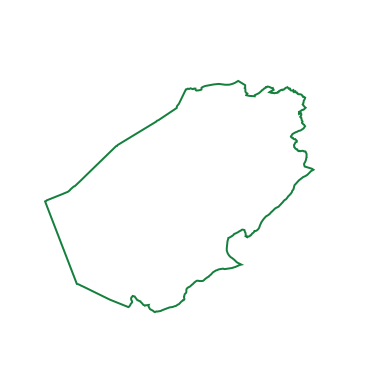 Kayonza, Eastern, Rwanda (Equal Earth projection), rotated 230°
{"feature_id": "39286606B59170295238138", "entity_name": "Kayonza", "entity_type": "district", "adm_level": 2, "iso_a3": "RWA", "parent_name": "Rwanda", "parent_adm1": "Eastern", "projection": "equal_earth", "projection_center": [30.553, -1.862], "detail": "fine", "context": "isolated", "style": "outline", "palette": "green", "viewbox_px": 384, "rotation_deg": 230, "n_neighbors": 0, "source": "geoboundaries", "source_scale": "gbopen_adm2", "svg_char_len": 5952}
<svg xmlns="http://www.w3.org/2000/svg" viewBox="0 0 384 384"><g transform="rotate(230 192 192)"><path d="M131.0,299.3L132.8,298.8L139.1,294.7L141.0,295.5L141.8,296.4L142.3,298.1L143.6,300.3L144.5,301.2L144.8,302.1L145.8,302.7L146.8,303.7L148.1,304.5L149.5,304.6L149.7,304.9L150.1,304.9L150.5,304.7L151.4,303.7L152.0,303.6L152.6,303.1L153.4,301.7L153.6,301.2L153.8,301.0L154.3,300.9L154.8,299.9L155.0,299.8L155.5,299.8L156.0,299.7L156.8,300.0L157.0,299.6L157.9,299.5L158.2,299.3L158.9,299.1L159.8,299.2L160.3,299.4L160.8,299.2L161.0,299.4L162.4,300.3L163.0,302.1L163.5,302.9L163.5,303.3L163.1,304.1L163.1,304.3L163.1,304.5L163.8,305.2L164.6,305.2L164.9,305.1L165.5,305.0L166.1,305.1L166.7,304.2L168.0,303.8L168.4,304.0L168.7,303.9L168.8,304.0L169.0,303.9L169.0,303.7L169.6,303.3L170.1,303.2L170.7,303.5L171.0,303.5L171.8,306.3L171.2,309.6L170.9,310.5L170.7,310.9L170.2,313.1L169.4,314.6L169.3,315.1L169.0,318.4L169.7,320.9L170.6,320.9L171.3,321.1L172.7,320.8L173.2,320.7L173.6,320.8L174.3,320.7L174.5,320.9L174.8,321.9L175.2,322.1L176.3,322.1L177.6,322.9L178.3,323.1L178.5,323.4L179.0,323.4L179.3,323.2L180.0,323.2L180.5,324.9L180.8,325.3L181.6,325.9L182.4,326.1L182.9,324.1L183.5,324.4L184.2,325.3L184.6,325.5L184.1,327.3L184.2,328.5L183.9,329.5L183.6,329.7L183.4,330.2L183.3,331.1L183.4,331.3L183.4,331.5L183.5,333.2L184.4,333.0L187.9,333.0L188.1,333.5L188.1,334.0L188.8,334.6L189.2,335.4L190.0,336.1L190.6,337.8L191.3,339.0L191.5,339.3L192.1,339.1L192.7,339.0L193.0,338.8L193.2,338.4L193.5,338.2L193.9,338.5L194.5,338.5L194.6,338.4L194.9,338.4L195.1,338.3L195.6,338.5L196.2,338.4L197.2,337.8L197.7,337.3L197.9,337.0L198.1,336.9L198.6,336.3L199.0,336.1L199.6,336.3L200.0,336.0L200.6,336.3L200.7,336.2L201.5,335.6L201.9,335.6L202.5,336.0L202.9,335.9L202.8,334.6L203.0,334.2L203.8,334.2L204.2,334.4L204.7,335.0L204.9,335.1L205.1,334.3L205.5,333.7L206.3,333.0L207.2,332.9L208.1,333.6L208.6,333.4L208.7,333.2L208.9,333.0L209.0,332.6L209.4,332.7L210.0,332.5L210.8,332.5L210.8,332.1L211.3,331.6L211.5,330.5L211.6,329.5L211.5,329.2L211.4,329.1L211.4,328.7L211.5,328.2L211.8,327.9L211.8,327.6L211.9,326.8L212.0,326.7L212.4,326.8L212.8,326.2L213.2,324.5L213.0,324.0L213.4,323.3L213.2,322.8L213.0,322.6L213.4,322.0L213.0,321.5L213.4,320.7L214.3,319.5L214.6,318.7L215.9,317.7L216.0,317.5L216.5,317.2L216.5,316.9L218.7,315.4L218.7,315.8L217.8,320.2L219.7,320.7L219.8,320.2L223.1,318.6L224.3,317.5L224.3,317.0L224.5,316.7L224.3,316.7L224.9,313.7L224.7,312.5L225.0,311.5L224.8,310.4L224.7,307.2L224.9,305.9L225.8,302.4L225.5,302.2L225.5,301.7L225.1,301.5L228.9,297.6L231.3,295.8L231.5,296.2L231.9,297.7L233.0,297.3L234.1,297.3L235.1,297.8L235.9,298.6L236.9,299.2L237.3,299.2L237.5,299.4L237.8,299.3L238.0,300.0L238.3,300.2L239.1,301.0L239.7,301.4L247.4,298.8L248.0,295.1L248.8,292.6L249.8,290.4L250.7,288.9L252.9,286.3L257.5,282.1L260.3,278.0L264.7,270.3L265.2,268.9L265.6,267.4L265.7,266.3L264.8,265.5L264.6,265.4L264.4,265.0L265.1,263.3L266.1,261.7L266.9,260.6L267.3,260.4L268.0,260.4L269.0,261.1L270.0,259.9L270.2,258.8L270.4,258.6L272.4,257.5L272.8,255.9L273.8,255.3L274.0,254.9L274.1,254.4L274.0,253.7L274.5,253.2L268.0,238.7L267.4,235.6L266.2,234.3L268.6,212.3L269.1,211.0L269.1,210.6L268.9,210.0L275.8,165.1L275.5,164.0L275.9,163.4L273.5,130.2L272.2,112.9L271.8,106.0L272.0,105.7L272.1,105.3L272.2,103.5L272.1,100.2L271.8,99.5L271.9,98.9L271.9,97.2L273.9,90.8L278.9,75.6L279.0,75.3L278.8,74.9L278.9,74.3L279.3,73.7L279.2,73.4L195.6,44.7L194.2,45.7L193.2,46.2L192.1,46.6L189.4,47.9L162.5,59.8L144.7,69.3L144.6,69.9L145.0,71.9L145.6,73.0L146.0,75.2L146.8,75.9L148.4,76.1L149.6,76.9L150.2,77.9L150.2,78.7L150.5,79.7L149.9,80.2L149.3,80.4L148.9,80.9L144.2,80.6L143.5,81.2L142.2,81.6L141.4,82.2L140.8,82.0L138.8,82.2L136.7,82.2L136.1,82.6L135.2,82.8L135.1,83.6L134.2,84.7L133.9,85.1L133.8,85.6L133.7,85.7L133.3,86.3L132.9,85.6L132.2,85.2L129.9,84.6L129.1,84.6L126.1,85.8L124.7,86.0L123.8,86.4L123.6,87.4L123.3,88.1L122.8,88.4L121.2,91.2L120.8,92.1L120.7,93.0L118.1,100.4L117.6,101.3L116.5,103.0L115.5,105.6L115.1,106.4L115.0,106.8L114.9,108.4L114.5,110.1L114.9,113.3L114.8,113.8L114.9,114.6L114.6,115.7L114.8,115.8L114.5,116.2L114.9,117.4L116.9,118.4L117.1,118.9L117.2,119.2L117.5,119.4L118.4,120.7L118.6,122.6L119.0,123.4L120.6,124.7L121.0,125.2L121.4,126.2L121.4,127.5L121.3,128.3L121.1,128.6L120.9,129.7L120.9,130.5L121.0,131.2L121.0,133.2L120.9,133.6L121.2,135.4L121.0,138.5L120.2,139.5L119.9,139.9L119.3,140.2L118.6,140.9L117.4,142.4L117.1,142.9L116.9,143.3L116.8,144.1L116.9,146.4L116.8,148.1L116.7,149.3L116.4,150.6L116.6,150.9L116.6,153.7L117.0,156.2L116.9,157.2L116.5,159.9L115.9,161.3L115.6,162.5L115.3,163.2L113.4,166.4L113.1,166.7L112.3,167.1L111.7,167.8L111.3,168.5L110.0,170.6L108.3,173.4L107.6,174.8L107.6,175.1L106.7,177.1L105.4,181.7L104.7,183.1L109.2,181.2L113.0,180.8L115.9,180.2L117.4,179.7L119.7,179.6L122.3,180.0L124.8,181.0L126.6,182.5L131.5,187.6L132.9,189.7L133.4,190.2L133.1,191.2L132.9,192.0L132.4,195.6L132.5,196.3L132.7,196.7L132.7,197.6L132.3,198.5L131.9,200.1L131.5,202.2L131.5,203.0L131.0,204.9L131.1,205.4L131.0,206.1L130.8,206.4L129.7,207.4L129.1,207.7L127.5,206.9L126.1,206.6L124.3,205.4L123.8,204.7L122.9,205.5L122.8,205.3L122.6,205.2L122.2,205.3L122.1,205.1L121.8,205.3L121.9,205.5L121.6,206.5L121.3,207.1L121.3,207.4L121.1,208.0L121.3,209.0L121.0,209.4L121.1,209.7L121.3,210.6L121.5,211.1L121.4,213.3L121.6,214.0L122.0,214.8L121.5,215.2L121.1,216.1L120.9,216.9L120.9,218.2L121.1,219.6L121.6,220.8L122.8,222.7L122.9,223.0L124.2,225.6L125.2,229.2L125.7,232.5L125.7,233.5L125.3,235.5L125.3,238.2L125.6,238.9L125.6,240.5L125.7,241.3L125.7,242.2L126.0,245.0L125.6,247.1L125.2,248.4L125.1,249.2L125.4,250.7L125.4,251.9L125.6,252.4L125.7,253.8L125.8,254.2L125.8,254.8L126.2,256.5L126.3,258.0L126.0,259.0L126.2,260.6L126.9,263.1L126.9,264.1L127.2,266.6L127.7,268.4L128.5,269.7L128.8,271.4L131.3,274.8L132.2,281.4L132.0,286.7L131.3,289.2L131.0,291.5L131.5,296.6L131.0,299.3Z" fill="none" stroke="#15803d" stroke-width="2"/></g></svg>